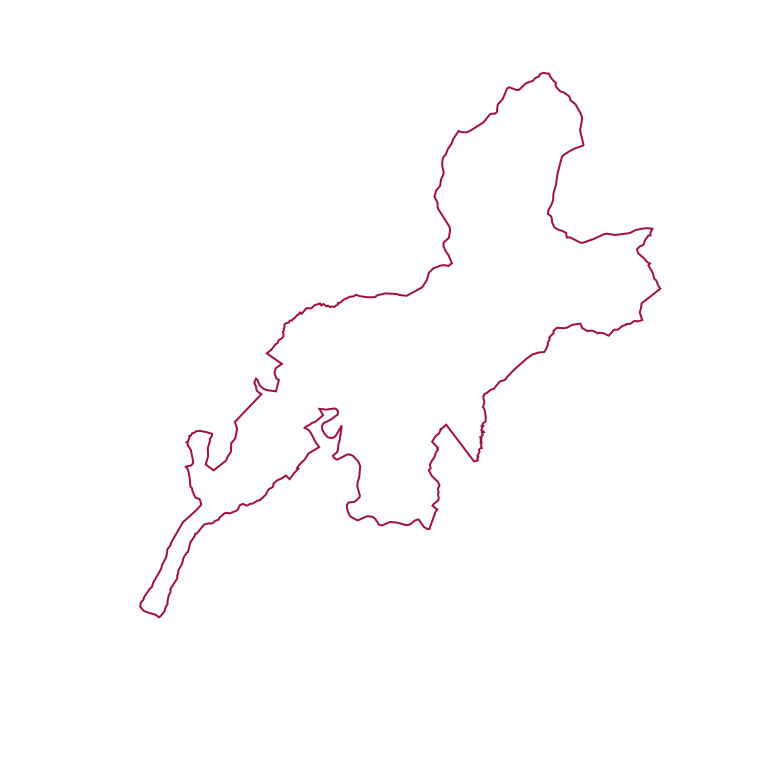 the district of Maierus, Brasov, Romania, rotated 138°
{"feature_id": "2599482B58193518368289", "entity_name": "Maierus", "entity_type": "district", "adm_level": 2, "iso_a3": "ROU", "parent_name": "Romania", "parent_adm1": "Brasov", "projection": "mercator", "projection_center": [25.543, 45.895], "detail": "fine", "context": "isolated", "style": "outline", "palette": "rose", "viewbox_px": 768, "rotation_deg": 138, "n_neighbors": 0, "source": "geoboundaries", "source_scale": "gbopen_adm2", "svg_char_len": 6126}
<svg xmlns="http://www.w3.org/2000/svg" viewBox="0 0 768 768"><g transform="rotate(138 384 384)"><path d="M707.4,361.4L705.7,360.9L699.6,361.8L695.1,364.5L691.8,365.5L690.5,367.2L685.5,370.9L681.8,372.3L679.8,374.6L667.6,377.9L666.0,380.0L664.1,380.7L661.3,383.2L654.6,385.4L649.0,389.1L643.5,390.6L641.9,390.4L633.8,395.9L626.5,397.6L624.8,399.0L622.9,398.2L611.8,399.9L607.3,397.7L606.8,396.7L604.6,395.2L601.3,395.3L597.5,393.9L595.6,394.8L588.8,394.6L586.4,392.9L585.5,391.2L578.5,388.6L576.9,388.4L572.2,390.4L569.1,389.3L567.6,386.0L566.3,384.8L563.8,384.7L562.0,383.1L556.0,381.9L553.7,380.7L546.2,380.8L540.4,382.9L535.8,381.9L534.4,382.4L532.8,384.0L528.0,383.9L523.2,382.3L518.1,381.6L517.8,376.4L510.7,377.9L504.3,378.3L505.0,379.6L501.0,380.7L493.6,380.9L486.6,382.9L474.4,380.5L473.8,386.2L471.2,396.3L470.7,400.3L472.4,404.4L470.7,404.6L466.6,403.4L463.4,403.2L460.7,401.9L450.2,401.5L448.6,408.7L443.8,403.4L437.2,399.0L436.2,397.1L436.5,394.4L438.8,392.3L447.7,393.2L455.3,395.4L458.3,394.2L460.6,391.0L461.6,385.6L461.3,381.9L459.0,378.7L456.6,377.8L453.9,378.0L443.1,381.5L454.3,372.1L458.2,369.7L462.2,366.0L464.8,364.7L469.9,364.9L470.6,363.3L470.0,359.9L469.2,359.0L459.3,356.4L457.6,355.6L455.8,353.0L455.1,351.1L455.0,345.5L455.2,342.8L456.8,338.7L464.7,331.4L469.0,328.8L472.3,325.9L476.7,317.1L478.1,316.1L484.6,316.1L489.4,319.5L492.2,319.1L494.1,317.3L496.0,313.7L497.4,310.0L497.5,307.4L494.9,300.3L484.9,297.0L481.7,293.4L481.0,291.6L480.9,288.6L481.8,282.9L480.3,280.3L471.7,277.3L466.6,271.7L462.4,264.9L460.7,263.2L458.5,262.3L452.1,261.8L449.3,260.6L448.9,259.6L450.0,251.5L449.0,247.6L447.4,245.8L431.0,254.7L428.4,255.1L429.4,261.1L427.2,261.6L421.3,261.3L419.3,263.1L417.6,266.0L416.3,266.5L413.9,270.1L410.6,271.5L409.4,275.2L410.0,283.7L408.4,290.0L405.7,290.2L403.8,293.4L398.2,295.4L396.1,295.5L391.9,298.1L387.5,299.2L387.5,300.5L386.7,300.6L386.9,308.9L381.0,310.6L375.9,310.5L372.0,312.6L371.7,312.1L365.0,312.2L368.9,266.3L365.8,264.5L364.9,264.8L364.3,266.4L362.6,266.9L362.7,268.0L358.5,269.6L357.4,271.6L355.0,271.8L354.3,271.0L352.4,274.0L351.3,274.8L351.5,275.4L350.5,275.3L350.3,277.0L349.4,277.1L349.1,278.4L348.1,278.4L348.0,279.9L347.0,279.2L346.0,280.2L344.8,279.9L343.8,282.2L341.9,281.3L341.8,282.5L342.5,283.1L342.8,284.3L340.2,285.9L339.7,287.3L338.2,286.4L338.0,287.9L337.0,288.5L333.6,288.1L329.9,292.1L327.1,296.5L326.0,298.9L326.1,300.5L322.2,302.9L320.8,304.4L319.8,306.8L317.9,308.7L317.0,308.5L316.2,309.4L313.4,308.5L308.8,308.4L305.7,306.9L296.5,308.4L291.2,306.1L287.4,306.9L276.7,307.6L260.6,307.4L253.9,306.6L248.0,303.9L243.7,300.6L240.0,301.5L236.1,303.4L234.6,305.1L230.8,306.4L230.1,308.0L223.9,308.4L222.4,310.1L217.9,310.1L212.8,304.9L210.6,303.5L204.7,302.1L197.9,297.7L197.9,296.4L199.3,293.2L197.6,287.5L193.7,284.5L191.9,280.8L191.6,278.9L189.9,278.3L186.9,274.8L184.7,269.5L176.9,270.5L173.6,267.8L168.1,267.7L164.9,266.1L163.9,266.5L160.4,263.8L156.2,263.5L154.5,262.1L154.0,261.0L149.3,258.7L146.1,266.0L141.9,268.7L138.6,271.6L114.9,269.9L114.1,274.9L113.6,275.3L112.4,278.8L112.7,281.5L110.1,286.3L108.1,295.3L105.7,295.6L106.8,298.0L106.7,304.2L107.3,307.3L107.5,311.7L105.8,314.9L101.7,315.1L98.3,313.8L93.4,316.3L88.0,317.4L86.5,316.1L84.8,318.1L80.7,319.7L84.1,323.7L88.2,326.7L94.0,330.0L100.4,331.7L112.3,339.9L118.1,346.8L120.5,348.2L130.8,351.3L142.3,356.2L143.9,358.7L147.6,368.5L150.2,370.6L147.5,374.4L149.2,378.6L151.1,381.7L152.6,386.4L150.8,391.8L148.0,395.6L147.7,397.3L148.4,400.7L145.5,403.1L138.4,405.7L135.0,407.8L130.5,412.3L123.0,416.9L114.2,424.3L99.9,433.7L97.6,434.0L91.0,433.0L85.0,431.5L76.7,428.1L75.6,428.4L68.6,441.3L59.6,448.2L58.0,450.5L56.8,453.6L54.5,463.7L55.6,469.9L53.9,473.7L55.1,479.8L57.1,483.4L57.3,489.2L56.5,491.7L54.7,492.4L55.2,496.4L54.7,501.7L53.7,504.0L57.3,508.5L60.6,510.0L62.9,508.8L66.7,510.1L70.6,509.7L77.2,512.5L86.9,512.3L88.6,513.5L92.3,520.6L94.6,521.3L105.3,516.3L112.5,515.6L118.1,510.6L120.6,510.6L122.9,512.7L125.0,513.5L134.8,511.9L151.1,514.6L154.8,516.1L158.2,519.7L159.3,522.2L169.2,519.5L172.9,517.4L178.9,516.0L184.8,513.2L187.9,512.9L189.8,512.0L193.0,509.2L195.4,506.1L197.9,501.5L199.6,500.0L204.8,497.8L209.6,493.8L215.9,492.8L221.2,489.4L222.9,482.9L225.6,479.9L226.6,477.7L230.2,456.8L231.7,454.3L238.0,449.2L244.6,449.2L245.8,448.6L247.8,446.3L249.5,440.4L249.8,436.9L252.6,428.4L257.0,428.5L259.7,432.0L262.4,434.0L270.1,437.0L276.2,436.6L282.8,432.5L290.9,430.3L308.3,434.5L313.2,440.1L314.1,442.1L322.3,450.4L329.6,454.4L332.7,454.6L337.9,459.2L343.2,465.4L345.0,469.0L348.2,469.6L351.0,471.7L357.4,473.6L362.1,473.8L364.1,474.9L364.3,474.2L366.0,474.0L367.8,474.6L369.1,474.4L370.9,476.5L372.6,477.1L373.2,479.8L374.7,480.0L375.4,483.7L376.1,484.3L377.9,484.3L378.1,484.8L377.6,486.5L378.0,486.8L382.9,489.0L387.2,488.9L389.2,490.3L389.8,491.5L391.5,492.2L398.0,491.2L398.9,492.2L398.2,493.0L398.5,493.4L401.4,492.8L402.7,493.4L405.4,492.8L409.0,493.2L409.6,492.7L411.8,494.1L413.7,493.4L416.0,494.7L418.2,494.8L419.8,492.9L421.7,492.2L422.6,490.7L424.4,490.5L424.9,488.8L426.8,486.7L429.0,486.3L433.1,487.1L435.2,485.7L438.4,486.0L444.5,484.9L450.6,485.1L446.4,467.3L453.8,468.2L458.0,465.5L460.3,460.2L459.4,457.3L469.2,450.8L475.3,458.0L476.7,460.9L477.3,466.1L475.2,472.1L475.6,473.6L479.7,471.6L480.6,468.2L482.6,465.1L483.0,463.1L481.9,458.5L520.2,455.6L523.3,448.8L531.1,443.0L537.2,442.2L542.9,436.1L549.6,434.4L552.3,432.8L568.4,433.8L570.4,443.5L563.2,447.9L557.8,454.3L551.5,458.1L550.3,459.6L546.6,460.6L545.1,462.1L548.6,467.7L552.2,472.4L555.3,474.7L556.8,474.5L559.7,475.7L561.7,474.9L563.7,475.6L564.4,474.4L567.8,472.5L569.7,472.8L569.3,471.5L571.1,469.6L570.8,468.4L571.9,463.8L577.9,453.8L579.6,452.7L582.3,452.6L586.6,455.2L587.1,451.2L591.5,443.8L596.3,437.7L596.6,434.5L597.9,432.9L600.0,426.4L599.9,425.0L598.1,422.2L598.8,419.8L600.7,416.5L609.2,415.8L626.0,415.8L647.5,408.8L651.2,406.8L655.3,406.2L661.4,401.2L669.2,398.3L674.0,395.5L688.0,391.0L692.3,388.5L695.3,388.5L704.4,386.3L707.2,384.7L711.1,384.2L714.2,381.6L714.3,376.0L711.7,370.9L709.0,366.9L707.9,364.4L707.4,361.4Z" fill="none" stroke="#9f1239" stroke-width="2"/></g></svg>